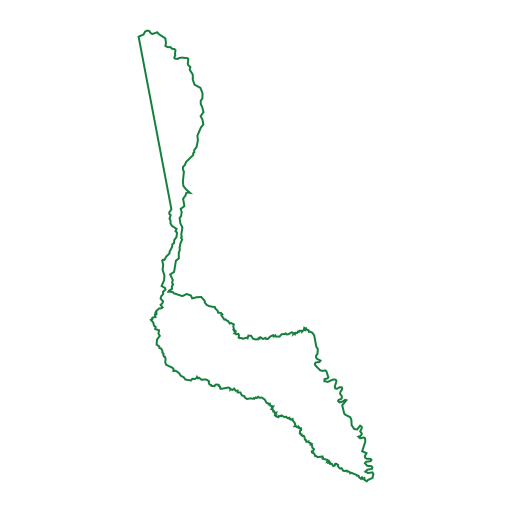 the district of El Doncello, Caquetá, Colombia
{"feature_id": "7082276B94017431983929", "entity_name": "El Doncello", "entity_type": "district", "adm_level": 2, "iso_a3": "COL", "parent_name": "Colombia", "parent_adm1": "Caquetá", "projection": "mercator", "projection_center": [-75.148, 1.876], "detail": "fine", "context": "isolated", "style": "outline", "palette": "green", "viewbox_px": 512, "rotation_deg": 0, "n_neighbors": 0, "source": "geoboundaries", "source_scale": "gbopen_adm2", "svg_char_len": 6078}
<svg xmlns="http://www.w3.org/2000/svg" viewBox="0 0 512 512"><path d="M157.3,32.3L152.3,34.0L150.8,33.2L149.0,30.8L146.8,30.7L145.1,31.6L143.5,34.5L138.6,36.7L171.4,209.2L169.2,212.6L169.4,214.1L170.7,215.1L169.5,218.8L170.5,220.4L170.5,223.5L172.0,225.9L176.6,228.9L175.5,231.2L176.9,232.4L176.9,233.7L176.5,237.0L174.3,240.0L174.0,243.1L172.3,244.4L172.1,246.9L169.5,251.9L169.5,253.5L166.4,256.4L164.4,259.9L162.8,259.8L162.2,260.5L163.2,265.1L162.6,269.8L164.4,275.3L164.1,280.2L161.6,286.0L165.0,288.0L165.5,289.6L163.0,291.8L163.2,294.0L161.3,296.1L160.6,298.7L163.1,301.3L162.3,303.3L160.6,304.9L162.6,307.4L161.2,308.4L159.2,308.4L156.1,311.2L155.1,313.6L156.4,312.5L156.4,314.3L154.9,314.7L155.5,317.1L152.8,317.5L152.0,318.2L152.3,319.2L150.9,319.9L153.2,322.4L154.0,325.7L155.7,326.9L155.2,329.0L159.0,330.3L158.5,333.8L159.8,335.9L157.0,339.5L156.6,344.6L159.3,346.5L159.4,348.0L161.2,348.6L162.4,350.9L162.4,352.7L163.5,353.6L163.3,354.9L164.0,356.6L164.9,356.8L165.6,359.0L165.2,362.3L166.2,364.8L172.5,367.8L173.6,369.2L173.4,371.0L175.3,370.7L176.8,371.4L179.1,373.2L180.7,375.7L183.8,377.3L185.3,379.5L191.0,380.5L192.4,378.7L194.5,379.1L196.6,378.0L197.0,377.0L197.8,378.3L199.0,377.7L201.6,379.8L205.0,379.4L207.1,379.9L209.1,381.4L208.8,382.9L209.5,384.5L211.1,384.9L211.4,385.9L214.5,386.2L215.4,384.7L217.5,384.5L218.9,385.1L218.8,386.0L219.9,386.5L220.2,388.4L220.9,388.9L228.5,387.5L230.2,388.5L230.3,389.7L230.8,389.2L232.6,389.9L234.1,388.6L235.7,390.8L237.6,390.6L237.6,392.4L240.4,392.5L241.8,395.4L244.4,396.2L244.8,397.5L247.0,399.0L250.1,398.4L252.8,398.7L253.9,398.1L254.3,398.7L255.8,397.5L256.8,398.0L258.2,396.8L259.4,397.7L261.8,397.6L264.8,399.6L266.5,402.8L268.8,403.6L268.8,404.2L269.8,403.8L270.1,405.5L272.3,406.2L272.1,406.9L273.0,406.7L271.5,409.1L272.7,409.2L273.3,411.5L274.0,411.3L274.7,412.9L276.3,412.6L275.1,414.7L275.8,415.0L275.1,415.4L276.0,416.3L278.3,417.2L279.0,416.0L279.6,416.3L281.0,415.6L281.4,416.0L281.7,415.5L284.8,417.2L286.1,416.7L287.5,418.1L288.6,417.9L289.2,418.6L289.5,418.0L291.1,419.7L292.6,419.0L292.7,420.3L294.9,423.3L295.4,425.6L294.7,426.3L296.6,426.4L296.8,427.0L298.7,427.8L298.8,427.0L300.2,428.6L300.9,428.3L301.2,430.0L300.2,430.6L299.8,433.3L301.4,434.3L301.0,434.7L302.6,436.1L303.7,435.8L304.4,436.8L304.9,439.6L305.9,440.0L306.4,441.8L308.6,441.4L308.6,442.3L311.6,443.7L310.8,444.6L311.8,444.7L312.4,447.8L314.0,449.2L312.9,451.4L311.9,451.3L311.9,452.4L314.2,453.6L315.2,456.1L316.0,455.9L317.5,457.1L322.5,456.5L322.5,458.3L323.1,458.2L323.2,458.9L327.2,459.8L327.7,460.5L327.3,461.5L328.7,460.7L329.2,461.4L328.5,462.8L330.2,462.7L330.0,463.8L332.1,464.1L333.3,466.1L334.8,465.5L335.2,463.8L336.2,463.7L338.1,465.0L337.8,465.7L338.8,467.4L340.2,468.6L341.6,468.2L343.0,470.6L344.2,471.1L346.7,470.6L347.2,471.6L348.4,471.4L349.9,472.3L350.2,473.3L351.4,472.8L356.9,475.1L357.2,475.8L358.6,475.8L359.1,477.3L361.0,478.9L362.0,477.4L362.9,478.9L364.3,478.1L364.6,480.0L366.8,481.3L367.6,480.2L372.5,477.9L373.4,474.0L372.4,472.4L368.0,473.0L365.3,471.7L367.4,469.7L371.9,468.9L372.4,467.2L371.2,466.1L367.2,465.8L364.9,463.2L366.0,461.8L370.6,461.2L371.4,459.7L370.2,458.8L366.9,458.8L365.4,458.0L364.8,456.2L366.5,453.2L362.2,451.3L365.3,441.6L365.1,438.3L363.8,437.5L360.1,438.3L358.4,436.7L360.3,436.1L361.6,434.6L361.8,433.5L360.2,431.4L361.8,428.1L361.7,426.8L360.1,425.7L357.1,429.5L354.2,429.0L351.6,425.1L351.4,420.1L350.3,417.2L345.4,414.8L344.2,413.5L342.2,405.3L346.4,400.2L345.2,399.8L342.6,401.5L339.5,402.4L338.1,401.1L338.6,399.9L340.9,399.1L341.9,397.9L341.7,395.9L340.1,393.9L340.3,392.1L342.2,389.0L341.8,387.4L339.7,387.2L337.0,388.8L335.2,388.4L334.8,386.5L336.4,381.5L336.1,380.2L335.0,379.5L332.9,379.5L327.8,381.9L324.4,381.2L324.5,379.2L327.4,378.4L328.4,377.4L326.3,371.1L325.1,370.4L322.9,370.9L320.3,370.4L315.3,365.4L314.9,363.8L315.7,362.5L319.5,362.0L320.5,360.6L317.1,358.9L316.0,357.3L316.1,355.8L317.5,353.7L317.8,349.0L316.3,346.7L314.2,335.4L312.3,332.7L310.0,331.7L309.0,331.9L308.5,330.2L306.5,329.6L306.1,328.3L305.4,328.5L304.3,327.8L304.0,329.2L304.6,330.2L303.5,330.1L301.8,331.9L301.4,330.8L299.4,330.8L298.9,331.9L297.9,331.6L297.2,332.9L295.7,332.8L295.0,334.2L294.3,333.3L293.4,334.1L293.6,333.2L291.8,332.3L288.1,334.3L286.7,334.4L285.6,333.4L284.8,334.1L281.8,334.1L279.5,336.6L275.3,336.5L275.2,335.4L273.5,336.4L273.0,335.2L270.1,336.6L267.7,339.0L266.0,338.9L265.5,337.9L262.9,339.0L260.4,337.2L259.5,337.5L259.5,338.6L258.4,338.4L258.1,339.3L254.8,339.3L253.1,338.8L251.1,335.8L248.4,335.6L247.6,338.3L246.5,337.6L242.9,338.8L241.4,338.0L239.4,338.1L238.6,337.6L239.0,335.6L238.4,333.9L236.1,334.3L235.5,333.4L234.5,333.3L235.2,332.5L234.4,331.2L235.4,331.7L235.7,331.2L234.1,330.0L233.3,326.5L233.8,324.4L230.9,323.0L229.7,323.5L228.1,321.1L226.5,320.5L225.7,319.4L224.3,319.6L221.3,315.1L222.3,314.3L220.8,312.9L218.2,312.7L217.6,310.8L215.1,308.2L215.0,307.2L209.0,306.1L206.6,304.8L204.8,302.5L204.8,301.1L201.3,297.0L196.8,297.2L192.2,298.4L190.9,295.5L186.7,294.0L182.4,296.1L173.9,293.3L172.5,291.9L168.4,291.7L169.1,290.6L172.0,288.9L171.9,286.1L173.1,284.6L172.1,282.8L172.8,280.0L170.2,274.5L174.1,271.9L175.9,260.7L178.8,258.5L178.8,252.6L179.8,250.3L179.6,247.4L180.5,243.3L182.1,239.5L181.1,237.8L181.8,236.8L181.2,235.0L182.4,227.5L180.4,223.4L179.7,218.9L179.7,217.8L181.1,216.1L181.7,212.1L180.7,208.9L184.4,206.1L183.1,198.8L185.6,195.3L186.2,193.1L187.6,192.5L190.0,192.8L186.0,189.3L183.4,186.0L182.9,181.5L183.9,171.6L182.9,169.6L183.0,166.9L184.7,165.2L186.3,161.7L193.2,155.0L193.2,153.2L194.3,152.3L194.2,150.1L196.5,147.1L197.9,140.4L197.4,135.7L200.9,127.5L203.3,124.5L202.5,119.7L200.6,116.2L203.5,112.1L202.1,106.6L200.8,104.3L200.7,100.9L202.4,98.3L202.5,93.3L200.4,87.8L194.6,84.8L192.8,79.7L192.8,74.6L189.8,69.9L190.3,66.9L188.5,65.5L187.8,63.9L188.3,58.9L187.4,58.2L182.0,57.6L179.0,58.0L177.7,59.0L174.7,58.5L174.3,57.5L175.3,55.0L174.9,54.0L175.5,50.2L174.5,49.1L171.9,48.7L170.5,47.1L167.5,47.1L165.4,45.9L166.0,43.0L165.3,38.3L158.9,34.2L157.3,32.3Z" fill="none" stroke="#15803d" stroke-width="2"/></svg>